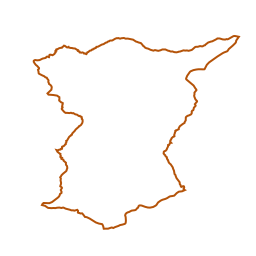 Olmedo, Loja, Ecuador, rotated 276°
{"feature_id": "8360857B52842084274578", "entity_name": "Olmedo", "entity_type": "district", "adm_level": 2, "iso_a3": "ECU", "parent_name": "Ecuador", "parent_adm1": "Loja", "projection": "equal_earth", "projection_center": [-79.604, -3.94], "detail": "fine", "context": "isolated", "style": "outline", "palette": "amber", "viewbox_px": 256, "rotation_deg": 276, "n_neighbors": 0, "source": "geoboundaries", "source_scale": "gbopen_adm2", "svg_char_len": 5759}
<svg xmlns="http://www.w3.org/2000/svg" viewBox="0 0 256 256"><g transform="rotate(276 128 128)"><path d="M185.1,27.3L184.0,27.3L182.4,28.5L181.0,29.9L180.3,31.1L178.4,33.2L177.7,33.3L176.5,32.4L174.5,33.2L173.4,33.3L172.7,33.8L171.3,37.4L170.7,39.3L169.8,40.5L169.5,42.0L168.7,42.4L167.6,43.6L166.8,44.0L165.5,43.9L164.4,44.6L163.6,44.8L162.6,46.5L161.4,47.6L160.5,47.9L158.1,47.8L154.0,44.3L152.9,45.4L153.0,50.4L152.8,54.0L152.5,54.7L152.2,55.0L151.5,56.5L149.5,56.8L149.0,56.6L148.1,56.7L146.6,58.8L146.0,60.5L145.0,60.6L143.8,60.2L142.9,60.5L142.2,60.2L141.4,60.8L140.5,60.1L139.8,60.2L137.4,62.8L136.6,64.1L136.5,64.5L136.7,65.7L136.7,68.2L137.2,69.7L136.8,71.0L137.1,72.0L136.1,74.1L135.9,76.0L134.9,77.6L134.8,78.1L135.0,78.8L134.6,79.1L134.4,80.2L134.0,80.4L133.9,80.9L133.1,80.9L132.7,81.2L132.2,81.1L131.5,81.9L131.1,82.0L129.7,82.2L128.2,82.0L126.2,81.0L125.2,80.0L124.7,79.1L124.2,79.0L120.9,76.0L119.8,75.5L116.7,73.1L115.4,72.9L114.9,72.0L114.4,71.9L113.9,71.2L113.0,70.4L109.0,68.6L108.7,67.9L107.3,68.2L106.9,68.1L106.3,67.6L105.4,67.8L104.6,66.9L104.0,66.6L103.5,66.2L102.5,64.4L101.8,64.3L101.4,64.6L100.4,64.5L100.1,63.3L99.5,63.1L99.2,61.7L98.4,60.7L98.6,59.2L96.9,60.4L95.6,62.5L95.2,63.5L94.5,63.4L93.2,64.1L92.2,63.7L91.7,64.2L91.5,65.3L90.8,64.9L90.3,65.0L89.8,67.0L88.7,67.4L87.0,69.9L85.6,70.0L84.8,70.3L83.8,71.3L82.5,71.7L81.5,71.8L80.7,71.5L79.2,71.3L78.5,70.9L75.8,68.2L73.9,66.7L72.9,66.4L71.9,65.7L70.7,66.5L68.9,66.4L66.4,67.2L65.4,67.2L63.0,66.7L62.8,66.9L62.2,68.1L61.5,68.6L59.3,67.6L57.6,68.6L56.4,68.6L55.3,67.3L53.7,67.0L52.6,66.5L51.3,65.4L46.4,60.2L45.0,57.6L44.6,51.9L43.7,51.0L42.4,50.5L41.9,53.7L40.4,56.4L40.2,57.0L40.3,60.2L40.7,62.6L40.7,64.0L41.3,65.8L41.7,68.0L41.5,70.2L42.1,71.8L41.9,72.7L41.3,74.3L40.6,78.9L40.2,80.2L40.4,82.6L40.2,83.0L40.2,83.4L41.3,86.1L40.4,87.0L38.7,87.0L38.4,87.4L38.4,88.6L38.0,89.5L38.2,90.4L38.3,91.4L36.3,93.4L35.1,94.4L35.0,96.3L33.9,99.4L30.7,105.9L29.9,109.1L29.7,112.2L29.3,112.7L27.5,113.7L25.3,114.4L25.8,118.7L27.3,122.0L27.3,122.7L27.0,123.8L28.1,125.5L29.6,128.7L30.6,130.2L31.4,132.7L32.3,134.8L32.8,135.3L33.5,135.6L35.6,135.6L39.1,135.0L40.8,134.3L42.0,134.5L43.3,135.4L44.2,136.8L44.5,137.7L46.2,140.2L47.0,143.5L47.4,144.2L48.0,144.8L49.0,145.3L49.8,146.3L51.4,146.7L52.1,147.3L52.3,148.2L52.3,149.7L51.4,153.3L51.0,156.0L51.1,158.2L52.1,161.3L53.7,163.6L54.4,164.3L57.1,165.7L59.2,168.1L60.2,169.7L61.4,172.6L62.4,174.3L64.1,176.4L64.5,177.2L65.0,179.3L65.6,181.1L68.3,183.2L69.9,185.1L70.1,185.7L70.7,188.4L72.2,191.0L72.8,189.7L73.2,189.6L74.0,190.0L74.8,190.1L75.7,189.8L75.9,189.5L75.9,188.8L75.2,187.8L75.0,187.3L75.3,186.7L76.6,186.3L77.6,185.4L79.5,185.0L83.1,181.6L84.9,180.6L86.2,180.1L87.1,179.1L90.3,178.2L92.6,176.9L93.4,176.7L96.3,174.3L97.3,172.8L98.7,171.7L99.2,171.7L100.2,170.9L100.7,170.9L101.1,170.3L101.6,169.9L102.6,169.8L103.1,169.6L103.7,168.4L104.8,167.9L105.5,166.8L106.0,166.5L106.3,166.1L108.1,166.1L108.7,166.6L109.3,167.8L110.7,168.8L111.3,168.8L113.7,169.7L115.2,169.7L115.2,170.4L115.8,170.9L117.1,171.1L117.6,171.8L117.8,172.5L118.8,171.4L120.0,171.4L121.0,172.1L122.2,172.3L123.8,173.6L124.4,174.8L124.8,175.1L125.6,174.7L126.1,174.7L128.1,175.2L128.6,175.1L129.7,175.7L130.2,175.4L130.7,175.9L130.9,176.6L132.1,178.6L133.1,178.5L135.1,179.3L137.6,181.9L139.0,183.7L140.0,183.8L141.6,184.6L144.5,184.4L145.2,184.7L146.3,185.9L146.9,187.3L148.1,189.2L148.7,189.6L149.7,189.9L150.7,189.6L151.2,189.7L151.9,190.0L152.5,191.0L153.1,191.2L155.1,191.4L156.9,192.8L157.5,192.9L158.7,192.0L161.5,193.9L162.0,193.8L163.5,192.1L166.1,190.7L167.1,190.4L168.3,190.6L170.2,190.4L172.8,192.1L173.4,191.9L174.4,190.9L177.1,188.8L182.1,181.4L182.6,180.8L183.3,180.6L186.1,181.4L190.1,183.6L190.9,184.3L192.4,187.0L193.3,189.8L193.8,192.0L194.3,197.6L194.5,198.0L199.1,199.8L201.7,201.8L208.4,209.4L212.3,214.3L213.2,215.7L214.6,218.5L215.1,219.0L217.1,220.0L220.8,223.5L223.7,225.9L224.8,226.4L226.3,226.5L230.3,228.7L230.7,224.6L230.4,223.3L226.9,218.4L226.6,217.7L226.7,216.7L226.1,215.4L226.0,213.0L226.6,209.9L226.4,207.5L225.9,207.1L224.8,205.5L223.0,202.7L222.6,201.4L221.4,198.8L218.9,196.2L218.4,196.0L217.9,194.8L217.1,193.8L216.9,193.1L217.0,191.1L216.1,189.0L215.8,186.9L215.5,186.3L212.5,183.5L212.1,182.8L211.1,180.2L211.3,178.5L211.0,177.1L211.0,175.0L209.5,171.8L209.2,170.5L208.9,170.0L208.3,168.3L208.3,166.1L208.8,164.1L208.5,162.8L208.6,162.2L209.1,160.6L209.0,160.0L209.3,159.1L210.0,157.0L209.7,154.0L208.7,152.2L207.9,150.0L208.3,146.7L207.6,145.2L208.1,142.3L209.0,139.8L209.3,137.7L209.9,136.3L210.7,135.6L211.3,134.4L212.3,133.6L213.8,131.9L214.2,129.3L214.5,128.6L214.8,126.9L216.4,123.8L216.9,118.4L216.6,116.3L217.1,114.5L216.5,111.8L216.1,111.1L216.1,110.0L216.4,109.4L216.4,108.9L216.2,108.4L216.1,107.2L215.3,105.7L213.6,103.5L213.3,102.8L213.2,101.6L213.0,100.9L212.7,100.4L212.3,100.2L211.8,98.9L210.9,98.1L210.5,96.9L208.9,95.0L208.2,93.2L205.9,89.9L205.6,89.3L205.4,88.1L204.2,87.6L203.8,86.5L203.4,86.3L203.2,85.3L202.3,84.8L202.1,83.8L201.3,83.3L200.8,81.8L199.3,80.5L199.1,79.7L197.1,78.9L197.1,78.6L197.7,77.6L197.4,76.6L198.0,76.1L198.3,75.3L198.4,74.7L198.0,73.7L198.1,72.8L198.1,72.0L198.4,71.8L198.8,71.9L199.1,71.7L199.2,70.6L199.4,70.0L199.9,69.7L200.3,69.9L200.6,68.8L201.5,67.1L201.5,64.8L201.7,64.0L201.6,62.1L201.9,61.2L201.9,60.5L202.4,60.3L201.8,59.4L201.8,58.8L203.1,56.6L203.2,55.7L202.3,55.2L201.9,54.4L200.9,53.9L200.6,52.3L200.1,51.1L199.2,49.9L198.7,48.5L198.1,48.3L197.4,48.7L196.8,47.7L196.0,48.2L195.3,47.9L194.7,47.3L193.9,47.1L192.5,45.4L192.8,43.8L192.8,43.0L192.6,42.4L192.3,42.2L191.6,42.3L190.8,41.7L190.2,41.9L190.2,41.6L190.6,40.5L190.5,39.9L190.1,39.4L189.1,38.8L188.1,35.8L186.3,33.0L185.8,30.6L185.9,28.5L185.1,27.3Z" fill="none" stroke="#b45309" stroke-width="2"/></g></svg>